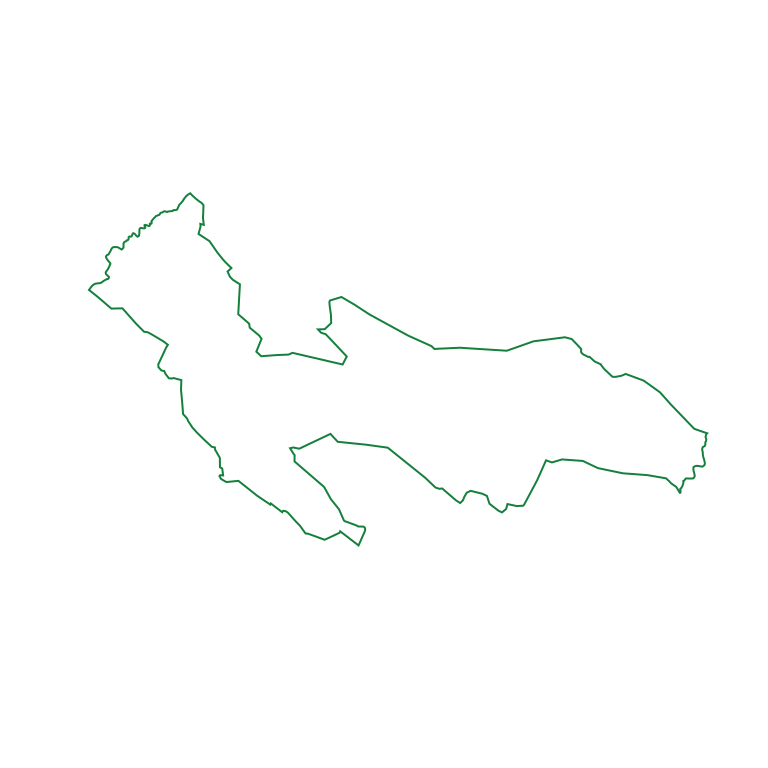 the district of Al Mahwit, Al Mahwit, Yemen, rotated 312°
{"feature_id": "15242507B12276215757938", "entity_name": "Al Mahwit", "entity_type": "district", "adm_level": 2, "iso_a3": "YEM", "parent_name": "Yemen", "parent_adm1": "Al Mahwit", "projection": "equal_earth", "projection_center": [43.551, 15.411], "detail": "fine", "context": "isolated", "style": "outline", "palette": "green", "viewbox_px": 768, "rotation_deg": 312, "n_neighbors": 0, "source": "geoboundaries", "source_scale": "gbopen_adm2", "svg_char_len": 5558}
<svg xmlns="http://www.w3.org/2000/svg" viewBox="0 0 768 768"><g transform="rotate(312 384 384)"><path d="M256.5,101.8L256.5,102.3L256.6,103.0L256.7,105.1L257.2,113.3L257.6,130.9L265.2,139.0L262.9,159.7L262.3,170.7L264.3,173.7L265.3,177.6L267.8,190.2L268.2,192.4L268.5,197.2L265.4,197.7L249.3,202.6L247.7,203.0L246.5,204.2L245.6,205.0L245.1,209.6L246.6,211.9L245.9,213.6L245.4,214.5L244.3,220.3L246.1,222.7L247.6,223.6L251.3,230.8L243.9,237.0L235.7,245.9L229.9,252.0L227.3,254.7L227.2,255.0L226.6,260.8L225.5,263.0L223.4,270.9L222.7,277.9L222.3,287.3L222.1,298.0L223.7,300.8L222.3,302.1L219.8,309.8L219.3,311.4L212.4,317.8L212.9,320.4L208.4,325.6L206.7,323.3L205.5,323.3L204.4,326.5L205.6,332.2L205.8,332.6L214.6,340.6L216.1,364.6L218.3,380.2L219.5,379.8L220.6,394.2L222.3,393.9L223.7,396.0L224.1,398.7L223.4,405.0L222.8,410.9L222.4,416.6L220.4,425.8L220.5,426.0L221.7,427.2L228.5,444.1L243.9,450.6L245.2,450.0L247.0,473.1L261.2,468.5L263.1,467.6L264.3,466.2L264.4,464.5L263.7,463.5L260.8,460.1L260.6,458.6L255.7,446.3L255.8,445.5L256.1,444.8L260.8,434.3L262.9,421.5L267.4,408.4L266.6,369.3L271.4,365.1L271.6,363.5L273.4,357.2L273.8,357.5L276.1,359.0L279.2,364.3L311.1,377.6L310.1,388.3L326.7,411.0L339.2,429.4L341.9,477.6L341.5,491.4L342.3,493.4L342.8,494.4L343.1,495.2L345.3,497.2L345.7,515.3L346.5,520.3L350.4,520.5L353.9,519.2L358.5,518.2L362.6,519.9L368.3,530.6L369.7,535.4L365.6,542.5L366.4,553.7L367.5,557.6L372.8,558.4L377.4,556.1L382.1,564.3L386.6,568.8L387.9,568.9L394.0,567.4L398.1,566.4L415.0,562.2L435.7,555.5L438.1,561.3L447.1,566.8L459.9,583.3L464.6,599.2L477.5,621.3L492.6,640.8L502.6,656.7L502.6,659.8L502.6,661.0L502.3,664.0L503.1,670.0L501.1,676.7L501.5,677.0L502.0,676.7L503.2,675.7L504.2,674.4L505.8,674.5L507.8,674.0L510.3,673.0L512.2,671.4L512.6,671.8L514.1,671.6L515.6,671.5L516.8,672.6L517.9,674.0L519.2,675.4L520.5,676.8L522.0,677.0L523.5,676.5L524.6,675.2L525.6,673.8L526.5,672.3L528.0,670.6L529.4,669.6L529.7,669.7L530.9,670.1L532.3,671.0L533.6,672.7L534.7,674.5L535.7,676.0L537.2,676.3L538.7,676.3L540.1,675.2L541.3,673.5L542.3,672.1L543.1,670.5L544.6,668.5L545.8,667.3L547.0,666.0L547.9,664.6L549.2,663.5L550.8,663.2L552.5,663.9L554.1,663.3L555.5,661.9L557.2,661.4L558.5,660.6L559.8,658.4L561.8,657.3L563.1,657.1L563.6,657.1L561.4,652.0L558.8,645.8L558.5,644.9L558.3,644.2L560.7,611.0L560.9,609.1L562.5,594.7L560.3,575.0L560.3,574.8L553.2,556.9L549.1,555.0L544.2,551.3L542.2,548.8L542.5,537.5L543.4,532.5L543.7,532.0L541.8,525.8L541.7,525.0L541.7,518.6L540.8,517.7L539.3,512.3L539.4,509.7L540.2,508.5L541.9,507.2L542.5,501.0L543.0,493.4L539.8,487.2L515.7,466.5L490.9,453.0L466.2,421.8L461.8,416.2L446.1,400.3L443.8,398.1L443.9,393.9L436.2,369.8L428.4,337.0L425.9,326.3L423.3,309.5L420.2,294.2L409.9,288.0L408.3,288.6L405.5,291.6L399.6,298.6L393.9,304.0L385.6,303.3L385.1,303.3L382.5,300.6L380.4,298.4L380.0,302.9L382.0,307.4L380.8,322.8L379.5,337.9L370.8,340.2L345.9,295.1L342.0,293.4L333.4,284.6L322.5,274.2L322.6,267.5L335.6,262.8L336.5,258.9L336.0,246.6L338.6,243.4L338.3,229.0L361.7,210.2L360.3,202.0L360.6,197.8L362.9,192.5L368.1,193.0L368.4,184.7L368.8,180.9L370.2,172.3L373.4,158.7L371.4,145.8L378.4,142.2L380.1,140.4L381.7,143.6L386.5,138.1L389.8,135.5L396.1,130.2L396.5,127.4L396.0,123.7L395.8,119.8L395.8,115.4L396.1,112.4L393.9,111.7L391.8,111.4L391.6,111.3L390.3,111.4L388.5,111.4L386.8,111.8L386.4,111.7L385.7,112.0L383.8,112.0L382.5,112.1L381.5,112.0L380.9,112.0L379.8,112.0L379.1,112.3L378.0,112.6L377.3,112.9L376.0,113.3L375.1,113.5L374.4,113.2L373.5,112.5L372.6,111.5L372.2,111.1L371.4,111.2L370.9,111.0L370.3,110.4L369.7,109.9L368.8,109.1L368.1,108.4L367.4,107.9L366.7,107.7L366.3,107.1L366.0,106.1L365.6,105.4L364.9,104.9L364.2,104.7L363.9,104.6L363.3,104.6L362.6,104.1L362.0,103.6L361.4,103.5L360.7,103.5L360.2,103.8L359.5,103.8L358.8,103.6L358.0,103.0L357.2,102.7L356.6,102.4L356.3,102.2L355.4,102.2L354.5,102.2L353.4,102.1L351.9,102.1L350.8,102.2L349.7,102.2L349.2,102.4L348.7,103.2L348.2,103.6L347.8,103.7L347.5,103.8L347.1,103.3L346.9,103.0L346.5,102.7L346.0,103.3L345.5,103.7L345.0,103.9L344.8,103.9L344.3,103.9L344.0,103.4L343.7,102.7L343.1,101.3L342.7,100.4L342.2,99.8L341.8,99.7L341.2,100.3L341.0,101.0L340.8,101.6L340.4,102.0L339.8,102.0L339.3,101.8L338.8,101.2L338.7,101.0L338.3,100.5L338.1,100.0L337.7,99.3L337.3,98.9L336.8,98.6L335.9,98.5L335.2,98.9L333.0,100.7L332.0,101.6L331.1,102.1L330.3,102.7L329.6,102.7L328.5,102.2L328.5,101.5L328.5,100.4L328.7,99.2L328.8,98.1L328.5,97.3L328.2,96.7L327.5,96.7L326.5,97.0L325.6,97.4L324.6,97.6L324.1,97.3L323.6,96.4L322.9,96.0L322.2,96.0L321.5,96.6L320.8,97.2L320.1,97.4L319.7,97.3L319.2,97.3L318.6,96.7L317.9,96.7L317.2,96.7L316.5,96.3L315.9,96.1L315.3,96.1L314.0,96.5L312.8,97.6L312.1,98.2L311.4,98.9L310.6,99.2L309.6,99.2L308.4,99.0L308.4,98.8L308.1,97.8L307.9,96.5L307.7,95.4L307.5,94.7L307.3,94.3L307.1,94.0L306.7,93.7L306.4,93.1L305.6,92.3L304.6,91.3L303.8,91.0L303.0,91.0L302.2,91.0L301.3,91.3L300.8,91.5L298.7,92.0L296.5,92.5L296.1,92.5L295.6,92.5L294.6,91.9L293.4,91.9L292.8,92.0L292.3,92.5L291.8,93.5L291.5,94.4L291.3,95.1L291.1,96.0L290.9,97.2L290.8,98.3L290.7,99.5L290.2,100.3L289.4,100.4L288.0,101.0L287.1,101.4L286.3,101.5L285.3,101.8L283.7,102.1L283.3,102.2L282.4,102.2L281.4,102.3L280.6,102.6L280.0,103.3L279.6,104.1L279.6,104.9L279.6,106.5L279.6,107.7L279.0,108.5L278.3,108.5L277.7,108.7L277.1,108.4L276.6,107.9L275.5,107.5L272.8,106.6L270.5,106.2L268.9,105.4L267.4,104.1L265.9,102.7L264.0,101.8L262.5,101.5L261.1,101.5L259.9,101.4L258.8,101.6L257.9,101.7L257.1,101.8L256.5,101.8Z" fill="none" stroke="#15803d" stroke-width="2"/></g></svg>